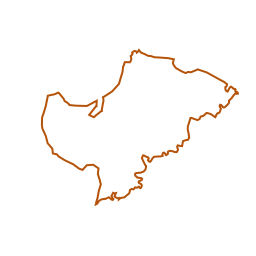 Firestone, Margibi, Liberia (Mercator projection), rotated 24°
{"feature_id": "62588387B74380915330894", "entity_name": "Firestone", "entity_type": "district", "adm_level": 2, "iso_a3": "LBR", "parent_name": "Liberia", "parent_adm1": "Margibi", "projection": "mercator", "projection_center": [-10.331, 6.374], "detail": "fine", "context": "isolated", "style": "outline", "palette": "amber", "viewbox_px": 256, "rotation_deg": 24, "n_neighbors": 0, "source": "geoboundaries", "source_scale": "gbopen_adm2", "svg_char_len": 4601}
<svg xmlns="http://www.w3.org/2000/svg" viewBox="0 0 256 256"><g transform="rotate(24 128 128)"><path d="M41.6,131.1L41.6,131.3L42.1,133.0L43.4,139.0L43.9,141.1L44.8,148.0L45.0,150.6L45.2,153.1L46.0,155.1L46.5,156.4L47.4,158.5L48.3,160.7L50.3,163.6L56.3,168.9L57.4,170.3L60.8,174.6L66.6,177.3L67.3,177.7L68.8,180.2L68.9,180.6L69.8,181.8L73.8,181.0L76.1,182.2L81.4,182.9L83.7,183.2L83.9,183.2L92.6,183.4L99.8,185.0L103.0,184.8L103.5,184.8L104.0,183.3L105.5,178.8L111.2,175.7L117.5,176.9L118.2,179.2L119.1,182.2L123.5,187.2L124.7,188.8L125.5,189.8L126.1,190.5L126.2,191.3L126.2,191.7L126.3,192.4L126.6,195.1L126.8,196.6L127.2,198.6L127.7,200.5L128.6,204.2L129.2,208.7L129.6,210.1L129.7,210.8L130.7,209.6L131.1,206.4L132.8,204.0L133.6,203.5L135.4,202.2L135.9,202.3L138.6,199.1L140.1,199.5L141.7,199.9L142.7,200.1L143.0,199.6L143.4,199.7L143.6,199.1L143.6,198.9L143.5,198.7L142.9,198.6L142.4,198.3L141.4,197.5L140.5,196.9L140.7,194.8L140.8,193.2L142.4,193.2L143.4,192.4L143.5,195.8L143.9,196.0L144.1,196.0L144.4,196.2L145.5,196.3L146.4,196.4L147.0,196.4L147.5,196.3L148.0,195.9L148.2,195.7L148.4,196.0L148.7,196.9L149.6,195.0L152.9,192.8L154.8,189.0L155.7,187.1L155.1,183.7L156.1,182.2L158.0,181.8L158.6,179.7L158.7,179.3L159.7,179.3L160.7,178.5L161.0,178.2L161.8,177.2L162.1,177.4L162.9,177.9L163.9,177.8L164.1,177.2L164.2,176.6L164.0,174.8L162.8,173.9L160.5,173.8L159.8,173.2L159.6,172.3L160.6,171.3L161.5,170.0L161.8,169.7L161.5,168.6L161.0,168.5L160.3,168.4L158.7,169.0L158.1,169.0L156.9,169.5L155.5,169.0L154.0,168.6L153.2,167.3L153.2,166.5L154.1,165.7L154.7,165.4L155.5,164.9L158.1,163.4L159.3,162.0L159.9,161.6L160.8,159.1L160.5,156.9L159.9,155.3L158.7,154.7L157.1,153.4L155.7,152.3L153.0,149.9L152.9,148.8L152.9,148.0L152.8,147.1L153.4,146.6L154.4,146.7L155.3,146.7L155.6,146.8L156.6,146.8L157.0,146.8L158.5,146.7L159.3,147.3L159.3,149.2L160.6,149.9L161.0,150.1L161.3,149.9L161.9,149.9L162.3,149.3L162.7,145.8L163.1,145.0L163.1,144.7L163.4,143.8L166.6,142.0L169.0,140.9L170.2,140.0L171.0,139.4L170.4,138.5L170.2,137.9L170.0,137.2L170.3,136.2L170.5,136.1L171.1,135.9L172.3,136.2L173.1,137.0L173.8,137.3L174.9,135.7L174.2,133.3L174.6,132.8L175.3,131.9L178.1,131.1L178.8,131.0L180.4,131.0L182.3,130.2L182.6,127.6L182.1,127.0L181.9,126.8L180.5,125.2L180.5,123.6L182.5,123.3L184.8,122.5L183.8,118.6L183.6,117.6L185.5,115.8L187.6,114.4L187.8,112.0L186.2,109.4L185.6,108.4L183.2,105.1L182.0,102.2L181.7,98.8L181.0,93.5L182.0,92.9L184.9,92.8L188.3,92.5L189.5,90.9L189.7,90.7L189.7,88.0L191.9,86.3L193.6,82.3L194.4,82.1L196.3,81.8L196.8,81.7L197.8,81.6L201.1,82.2L203.3,82.7L203.5,81.9L203.3,79.8L203.4,79.4L203.5,79.1L203.8,78.1L204.3,78.0L205.3,76.6L205.1,72.8L202.7,70.6L202.7,69.3L204.0,69.1L204.4,69.5L204.9,69.5L206.2,70.4L206.9,70.4L207.8,69.8L208.4,68.7L209.5,66.1L210.0,64.0L210.0,63.7L209.7,63.0L209.1,61.8L209.8,60.6L209.8,60.3L210.5,58.6L210.7,57.5L211.1,55.7L211.1,55.4L211.9,53.1L213.5,52.5L213.7,52.3L214.4,51.9L213.9,51.2L213.0,50.7L212.7,50.8L211.9,51.2L210.8,50.5L210.7,49.9L210.7,49.2L210.0,48.8L209.8,48.8L209.7,48.9L208.2,49.3L207.3,48.7L206.9,48.7L205.6,48.3L204.9,48.6L204.4,50.6L204.3,51.6L204.3,52.4L204.3,53.5L204.2,54.2L203.2,54.2L202.8,54.1L202.6,54.1L201.9,53.7L201.6,53.5L201.5,53.2L201.0,52.6L200.3,51.1L200.9,50.3L200.9,50.1L201.1,49.4L200.6,47.7L196.9,46.8L192.3,46.5L185.3,45.9L177.1,45.2L175.1,45.4L167.9,46.1L166.8,47.3L165.7,48.5L162.8,51.5L160.2,52.3L158.2,54.4L153.7,54.4L149.7,54.0L147.6,53.8L144.7,52.3L144.1,51.9L142.6,50.5L141.9,46.6L138.9,47.3L136.4,47.8L127.6,51.0L123.7,52.5L122.4,52.7L119.5,53.0L117.0,53.9L113.2,53.7L109.1,53.8L106.4,52.4L106.4,52.7L105.8,54.8L105.7,54.9L105.4,55.5L105.1,55.1L103.9,54.7L103.7,54.8L102.9,54.9L102.6,55.1L102.0,55.7L101.3,57.0L101.1,57.4L101.1,57.5L101.4,57.7L101.5,57.8L101.9,58.2L101.9,58.6L102.0,58.9L102.0,59.0L102.0,59.3L101.6,60.2L101.2,61.2L101.9,62.0L102.2,62.5L103.0,63.6L103.1,64.5L103.2,65.3L103.1,66.4L103.0,67.2L102.9,67.3L102.2,67.5L99.3,68.7L98.4,69.1L98.4,69.6L98.4,71.1L98.7,71.6L98.6,73.6L98.6,74.1L99.8,77.7L100.2,79.1L101.0,85.5L101.8,91.4L98.7,100.9L97.7,102.5L96.6,104.2L93.6,108.8L92.6,110.0L93.1,110.7L93.4,111.1L94.6,113.2L94.9,114.8L95.3,116.6L95.9,119.0L96.6,121.8L96.8,122.3L96.9,122.5L97.2,123.1L96.8,123.3L93.5,129.6L92.5,132.0L92.4,132.0L89.9,132.0L87.2,131.8L90.0,120.9L90.3,120.8L88.3,115.8L88.0,116.2L81.6,124.5L80.8,124.9L71.3,128.8L65.4,130.8L65.2,130.8L64.8,130.6L64.6,130.4L61.7,129.4L59.8,129.3L59.4,129.2L58.9,128.9L57.5,127.7L57.2,127.4L53.2,125.4L51.2,124.4L49.9,124.0L47.2,127.1L45.0,128.6L44.6,128.9L42.6,130.4L41.6,131.1Z" fill="none" stroke="#b45309" stroke-width="2"/></g></svg>